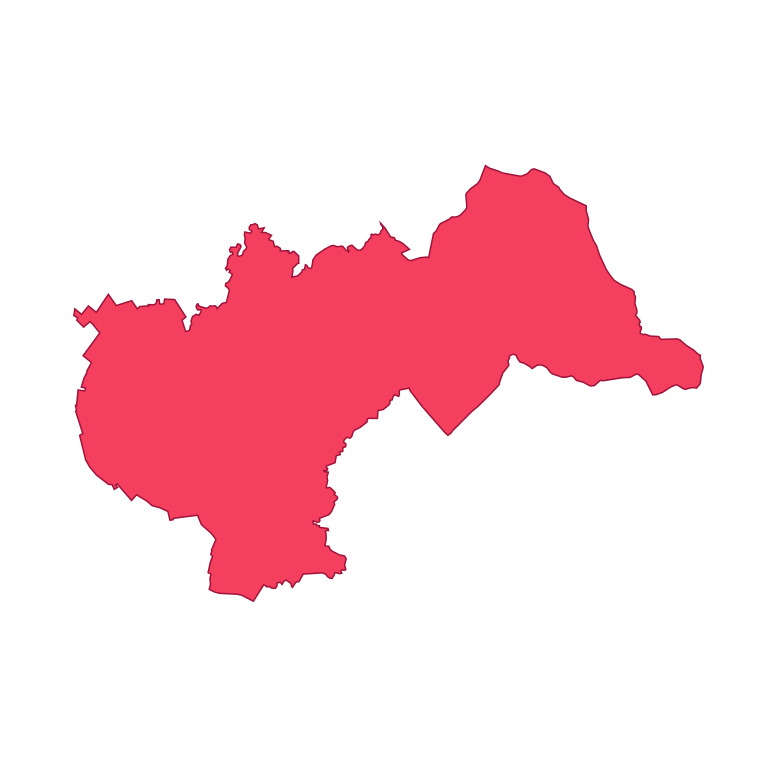 outline of Thach That, Ha Noi, Vietnam, rotated 186°
{"feature_id": "81297802B69837826881440", "entity_name": "Thach That", "entity_type": "district", "adm_level": 2, "iso_a3": "VNM", "parent_name": "Vietnam", "parent_adm1": "Ha Noi", "projection": "robinson", "projection_center": [105.527, 21.024], "detail": "fine", "context": "isolated", "style": "filled", "palette": "rose", "viewbox_px": 768, "rotation_deg": 186, "n_neighbors": 0, "source": "geoboundaries", "source_scale": "gbopen_adm2", "svg_char_len": 6151}
<svg xmlns="http://www.w3.org/2000/svg" viewBox="0 0 768 768"><g transform="rotate(186 384 384)"><path d="M72.9,412.5L70.0,416.5L69.5,418.3L69.5,426.9L68.4,432.7L68.4,434.7L72.4,442.8L72.3,445.7L74.7,446.4L79.6,450.1L87.5,454.0L94.3,458.8L97.3,459.5L112.7,457.4L114.2,458.0L115.6,459.9L124.3,459.5L129.6,460.9L131.0,460.1L134.5,461.1L134.7,462.4L133.8,465.9L134.2,467.8L135.6,467.8L136.0,469.8L136.9,470.3L136.9,470.9L135.7,472.0L136.2,474.0L140.9,478.5L140.9,479.5L140.0,480.5L140.2,483.8L142.9,490.3L143.0,496.4L143.5,497.9L144.8,499.4L144.8,501.8L147.3,503.9L159.5,507.9L165.7,511.0L170.0,515.1L175.1,521.3L183.1,534.8L187.1,543.7L190.8,548.7L196.5,559.4L197.8,562.9L197.7,568.8L201.1,577.7L201.5,582.3L218.9,588.5L224.7,591.4L229.9,596.3L230.7,597.9L236.5,601.0L240.8,607.9L246.0,610.8L257.1,613.7L259.7,612.7L263.6,607.9L268.6,605.3L270.5,604.9L288.5,606.3L292.5,607.7L301.5,609.6L305.9,611.8L309.9,596.7L311.9,593.1L318.2,587.4L322.1,582.1L322.3,580.4L320.3,569.8L320.2,567.8L320.8,566.3L325.4,560.3L327.6,558.6L330.0,557.6L334.4,557.1L336.1,554.9L344.5,549.5L345.7,547.8L348.0,541.8L350.5,538.8L352.8,514.3L354.7,514.7L361.3,513.4L370.1,509.6L372.6,509.7L379.5,514.6L380.2,516.1L372.7,520.6L380.0,525.7L383.4,527.3L387.7,528.2L389.0,530.6L392.7,530.9L399.1,539.0L404.3,543.7L403.9,542.5L402.0,540.5L401.3,537.7L402.8,536.3L403.7,533.1L405.8,531.6L408.0,532.3L409.8,531.3L412.1,531.7L412.5,531.1L412.2,528.6L414.3,525.9L414.9,524.1L417.0,522.9L417.5,519.9L419.0,517.2L421.4,514.6L423.9,514.4L425.9,515.3L430.4,518.7L433.1,517.5L434.6,516.1L434.4,514.8L432.8,512.5L433.0,511.7L436.3,513.5L439.1,516.3L440.3,516.8L444.4,515.6L448.8,516.5L451.0,515.9L456.8,512.1L464.9,505.1L467.6,500.1L468.0,492.8L468.7,491.2L471.3,491.5L473.3,494.0L474.6,494.4L475.1,489.7L477.2,488.9L477.5,486.8L480.3,483.4L481.4,482.4L486.7,480.7L486.4,487.0L487.0,489.3L482.4,495.0L481.4,495.1L482.2,502.5L487.3,506.4L489.1,506.1L489.6,505.1L491.2,504.1L491.8,504.1L492.0,505.3L493.4,505.4L492.8,506.5L493.3,506.6L501.1,505.4L500.9,507.4L501.8,508.4L505.0,509.8L507.3,509.2L509.1,514.4L513.4,515.4L513.3,516.9L511.4,520.1L517.6,522.2L521.7,521.9L519.5,526.8L525.0,525.2L526.7,529.1L529.2,530.0L531.8,528.5L533.2,528.4L534.4,525.8L534.1,523.6L531.7,522.3L531.4,521.6L532.1,520.1L538.4,520.6L538.5,518.2L537.3,514.2L537.4,509.7L534.8,505.6L535.6,503.5L537.5,501.4L538.4,497.2L542.0,495.7L543.1,496.9L543.1,499.3L540.5,505.6L541.3,507.2L542.5,507.8L544.3,508.0L545.2,504.5L550.6,504.1L551.7,501.3L550.4,498.9L549.0,499.8L547.9,497.2L550.5,495.4L552.3,491.7L552.3,484.9L553.8,482.4L552.4,480.6L551.2,482.0L548.7,480.8L549.7,479.0L546.2,477.2L548.2,471.4L549.6,469.0L551.8,467.6L552.0,466.2L551.9,464.8L549.0,463.1L547.6,460.7L549.3,448.6L553.3,447.3L557.9,441.5L559.2,443.7L560.4,444.2L561.9,443.6L565.2,443.6L566.7,441.6L568.9,440.8L575.4,441.9L576.6,442.8L577.3,444.3L578.4,443.7L579.0,441.5L577.4,438.5L576.8,438.1L574.0,438.8L573.4,437.3L575.0,433.1L578.1,433.7L581.5,431.0L582.5,426.3L581.5,423.5L582.7,421.5L582.9,417.6L584.1,416.3L586.9,415.6L591.5,426.4L588.0,429.9L601.0,446.1L611.1,445.5L611.3,440.9L613.6,440.1L615.4,440.2L616.4,444.3L618.7,444.0L619.1,440.3L620.9,438.8L626.7,438.3L626.3,437.1L635.0,435.5L637.3,433.0L643.6,440.5L658.5,434.0L667.5,444.4L677.6,425.2L686.1,430.7L692.0,421.6L699.3,426.4L699.6,419.6L695.6,417.8L696.2,415.4L688.7,409.2L682.9,415.3L679.6,412.7L672.0,405.0L686.2,380.7L677.2,374.8L680.8,365.9L680.7,364.4L682.9,358.6L684.7,349.2L680.3,348.8L681.0,345.8L687.6,346.1L687.5,330.6L688.6,330.6L687.0,325.4L687.8,324.7L678.4,303.3L681.3,301.1L672.7,277.2L667.9,270.6L660.6,263.5L647.5,255.4L643.8,255.4L641.2,251.0L638.2,253.4L640.4,255.3L639.0,256.8L622.9,241.8L618.5,247.9L607.8,242.9L601.9,238.8L594.3,237.6L585.6,234.6L582.6,226.1L579.6,227.0L579.4,228.4L555.7,234.0L550.9,225.1L540.2,217.4L534.9,212.0L538.2,200.8L537.6,200.2L538.5,196.5L536.5,194.8L538.0,189.0L539.2,178.0L536.2,176.9L536.8,172.5L535.6,166.5L536.4,161.5L531.0,159.5L526.0,158.6L507.6,159.6L503.6,159.1L491.2,154.3L482.5,172.0L479.2,170.0L476.2,170.6L475.0,169.4L470.7,169.4L469.3,172.1L469.6,175.0L466.5,175.9L464.4,174.0L462.7,177.8L460.7,178.7L455.6,175.9L454.8,172.9L453.8,172.1L451.0,177.6L447.9,178.7L444.5,186.5L425.7,189.7L421.9,188.6L419.9,186.4L417.7,185.3L415.3,185.2L413.7,188.5L413.1,191.4L408.5,190.7L406.2,191.5L407.1,192.5L407.1,194.1L406.1,194.7L403.6,194.6L402.6,195.5L404.3,199.8L403.3,206.2L404.9,208.4L405.8,209.0L410.6,209.4L418.1,212.3L420.3,214.0L422.0,216.9L425.2,216.6L425.8,217.2L425.3,223.7L426.0,228.9L426.9,231.4L425.5,232.5L423.9,232.4L424.6,234.5L433.0,234.6L433.5,236.3L436.0,236.1L436.3,237.4L439.8,237.6L440.1,240.4L435.9,239.6L434.4,239.9L433.7,240.5L433.5,241.7L434.3,243.6L425.0,248.3L422.8,251.9L420.5,259.1L421.5,261.3L418.4,264.8L418.3,266.5L422.0,269.2L421.1,270.7L423.3,272.8L427.2,275.5L430.0,274.6L430.6,275.5L430.0,281.9L431.0,285.8L430.1,290.5L434.3,290.6L435.0,291.6L431.9,292.1L431.2,292.8L431.3,294.1L432.8,295.3L432.7,296.4L424.4,300.7L424.0,307.7L420.1,309.2L421.2,311.8L418.0,312.6L418.2,316.4L415.8,317.5L415.4,319.0L415.8,320.7L418.0,321.6L417.8,324.3L415.3,327.1L412.5,326.6L411.6,327.0L410.4,329.1L409.8,332.7L408.7,334.8L402.9,338.6L396.8,344.6L397.2,346.5L395.9,348.2L386.9,349.1L387.2,355.4L386.8,357.1L382.1,358.5L376.9,363.7L376.2,365.0L376.2,368.3L374.3,369.0L373.6,372.5L372.4,374.3L368.1,373.3L367.6,375.0L368.1,377.8L367.8,379.2L367.0,380.0L358.4,382.5L357.6,380.4L344.2,366.1L318.4,342.1L315.0,339.6L312.2,342.3L311.0,344.6L293.7,366.0L288.2,371.6L278.0,384.0L269.5,395.1L269.1,398.6L266.9,407.6L262.0,415.1L262.0,416.7L263.0,418.9L262.7,421.2L261.8,423.1L262.3,423.5L262.1,425.1L259.4,426.8L257.6,427.0L255.6,426.4L254.0,423.5L251.1,420.1L246.6,419.2L240.6,416.5L238.3,414.8L233.9,418.5L232.0,419.2L228.5,419.2L223.7,417.3L220.0,413.2L217.8,411.7L207.5,409.4L203.3,409.9L198.5,411.7L196.1,410.8L193.1,407.7L185.8,406.5L178.6,403.6L174.7,404.4L169.0,410.4L166.5,410.1L147.8,415.1L140.0,416.3L133.8,420.4L131.6,419.9L123.8,414.2L115.6,401.3L112.4,401.8L106.4,404.6L98.2,411.2L93.0,414.0L85.5,410.5L83.5,410.2L78.9,412.2L75.3,412.8L72.9,412.5Z" fill="#f43f5e" stroke="#9f1239" stroke-width="1.5"/></g></svg>